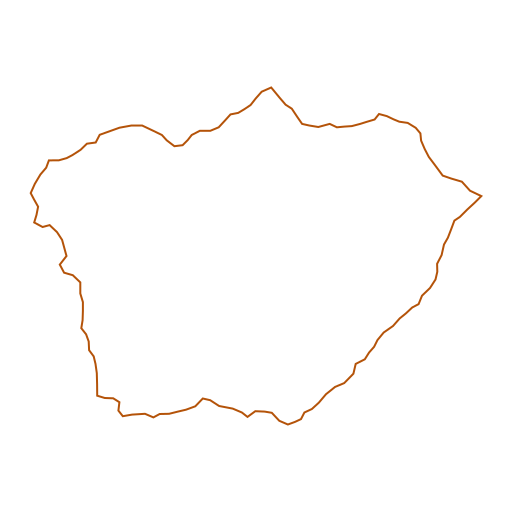 outline of Aurora, Santa Catarina, Brazil
{"feature_id": "56859067B27230834805142", "entity_name": "Aurora", "entity_type": "district", "adm_level": 2, "iso_a3": "BRA", "parent_name": "Brazil", "parent_adm1": "Santa Catarina", "projection": "albers", "projection_center": [-49.591, -27.33], "detail": "fine", "context": "isolated", "style": "outline", "palette": "amber", "viewbox_px": 512, "rotation_deg": 0, "n_neighbors": 0, "source": "geoboundaries", "source_scale": "gbopen_adm2", "svg_char_len": 1848}
<svg xmlns="http://www.w3.org/2000/svg" viewBox="0 0 512 512"><path d="M97.2,395.7L104.8,398.0L113.2,398.3L119.4,402.2L118.4,410.6L122.8,416.2L132.1,414.6L145.0,413.8L153.4,417.4L159.7,414.0L169.1,413.8L177.9,411.6L186.0,409.7L195.3,406.3L202.8,398.5L210.2,400.2L219.1,406.0L232.7,408.6L241.9,412.5L247.5,416.9L255.3,411.2L264.7,411.6L271.8,412.8L279.3,420.8L287.9,424.5L295.0,421.9L301.0,419.1L304.4,412.5L311.9,409.0L318.9,402.6L326.0,394.2L335.1,386.9L344.2,383.1L353.4,373.7L355.7,363.9L364.8,359.3L369.1,352.5L374.1,346.8L377.5,340.0L383.7,332.5L393.0,326.0L399.7,318.4L405.9,313.4L412.2,307.5L418.6,304.1L422.0,295.7L430.0,288.0L435.5,279.5L437.3,271.8L437.1,263.8L441.6,255.1L444.0,244.5L447.9,237.7L451.1,229.4L454.4,220.6L459.9,216.9L467.2,209.6L475.0,202.4L481.3,196.1L470.0,190.7L461.9,181.7L451.4,178.6L442.7,175.6L434.8,164.9L428.8,156.9L424.7,149.0L421.1,140.6L420.4,133.4L415.7,127.8L407.7,122.9L399.3,121.7L393.5,119.3L386.8,116.1L379.0,114.0L374.6,119.5L366.2,122.0L360.2,123.9L351.8,126.1L344.3,126.6L336.9,127.3L329.7,123.9L318.3,127.0L309.2,125.5L302.1,123.9L297.2,116.8L291.8,108.7L285.6,104.7L279.6,97.7L271.2,87.5L261.7,91.7L255.7,98.5L250.6,105.0L244.5,109.1L238.2,112.9L230.5,114.4L225.0,120.5L218.7,127.3L210.3,130.8L199.8,130.8L191.7,135.0L187.7,140.1L182.6,145.2L174.4,146.2L166.7,140.3L161.9,135.0L153.9,131.1L142.1,125.5L131.6,125.5L119.5,127.7L99.7,134.8L95.7,142.5L86.9,143.7L80.6,149.8L72.4,155.1L66.7,158.1L58.9,160.3L48.9,160.4L46.2,167.7L40.4,174.5L34.8,183.9L30.7,193.1L34.0,199.4L38.1,206.7L36.5,214.9L34.2,222.5L42.6,227.0L49.6,225.1L57.0,232.1L62.1,239.9L66.5,256.0L59.8,264.6L64.1,272.7L72.8,275.2L80.3,282.4L80.3,293.5L82.9,302.1L82.9,310.9L82.6,320.2L81.3,328.2L86.1,334.3L88.7,341.5L89.1,350.2L93.7,356.4L95.5,363.9L96.8,373.1L97.1,384.3L97.2,395.7Z" fill="none" stroke="#b45309" stroke-width="2"/></svg>